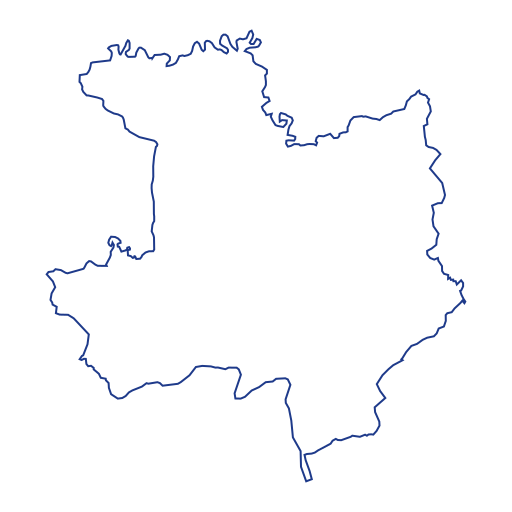 the district of Gaoual, Gaoual, Guinea
{"feature_id": "49546643B28661548838550", "entity_name": "Gaoual", "entity_type": "district", "adm_level": 2, "iso_a3": "GIN", "parent_name": "Guinea", "parent_adm1": "Gaoual", "projection": "natural_earth1", "projection_center": [-13.638, 11.692], "detail": "fine", "context": "isolated", "style": "outline", "palette": "blue", "viewbox_px": 512, "rotation_deg": 0, "n_neighbors": 0, "source": "geoboundaries", "source_scale": "gbopen_adm2", "svg_char_len": 5923}
<svg xmlns="http://www.w3.org/2000/svg" viewBox="0 0 512 512"><path d="M111.1,394.2L117.8,398.6L122.3,398.0L125.7,396.0L128.9,392.4L132.4,390.4L141.9,386.6L146.5,383.2L148.4,383.7L157.4,382.2L159.9,383.1L162.6,385.7L177.9,383.8L180.8,382.1L189.5,375.3L195.9,367.0L202.2,365.9L210.9,366.4L215.4,367.6L217.9,367.5L225.4,369.2L228.6,367.6L236.7,367.7L238.8,369.4L240.9,374.7L234.6,393.3L235.4,398.5L240.7,398.6L245.0,396.8L251.7,390.5L259.1,387.1L265.7,382.2L272.7,381.5L276.1,378.8L285.3,378.3L287.8,379.4L290.4,384.8L285.6,399.3L285.8,402.9L288.9,408.4L291.3,420.6L292.9,437.4L300.6,451.1L301.0,466.8L306.2,481.3L311.8,479.2L309.6,471.0L305.7,460.3L304.5,454.9L306.9,454.0L311.6,453.6L314.8,452.6L318.2,450.3L330.6,443.7L332.6,440.7L335.8,438.9L337.8,440.0L341.2,440.2L350.7,436.8L352.3,435.7L359.9,436.8L365.1,434.7L366.9,435.7L368.5,434.5L371.3,434.3L373.3,434.6L376.6,430.9L379.5,425.6L379.3,421.6L375.1,412.1L374.7,407.3L385.3,398.0L380.1,391.0L376.8,384.1L382.5,375.2L388.5,369.2L393.2,365.2L402.6,360.2L401.4,359.3L402.4,358.2L406.2,352.0L411.4,345.9L417.0,343.9L422.7,339.8L427.2,337.7L433.9,336.3L436.7,333.4L438.7,328.5L443.9,326.5L445.8,320.9L445.7,315.1L447.3,313.2L451.7,312.2L454.6,308.4L460.4,303.0L462.3,300.7L464.4,303.2L465.3,301.6L463.5,298.9L461.5,294.9L460.1,290.9L461.2,290.4L463.1,286.4L463.1,283.0L461.1,280.3L456.8,284.5L455.7,281.2L453.4,281.2L453.2,279.6L450.9,279.9L450.1,277.7L448.1,278.9L448.2,275.0L444.0,273.8L442.1,271.0L442.0,266.1L438.4,260.8L437.9,258.0L434.2,259.6L430.2,258.0L427.3,254.5L427.1,250.9L431.5,248.6L436.3,244.8L436.7,239.2L438.6,233.7L433.5,226.3L432.5,219.5L433.8,212.8L432.1,205.6L437.9,203.2L441.7,203.1L444.2,198.0L445.0,195.0L442.2,183.0L429.9,168.4L435.3,160.1L440.4,154.1L436.5,149.9L433.0,147.9L428.6,147.0L426.2,145.3L425.7,140.0L424.9,136.8L423.8,126.0L427.4,124.3L426.9,118.8L430.8,111.4L430.0,106.3L428.0,102.6L429.1,99.2L427.4,97.9L426.9,96.4L424.5,94.8L423.6,95.0L419.8,93.4L419.2,90.6L417.3,91.7L415.5,94.4L411.1,96.6L409.3,99.1L406.9,101.4L405.8,105.4L404.3,109.0L393.3,111.5L391.1,113.7L386.4,115.2L382.9,117.2L379.7,120.1L376.4,119.0L372.6,118.6L365.7,116.4L363.2,116.7L361.9,116.1L353.7,117.1L350.4,120.5L348.6,125.5L347.6,127.1L347.6,131.4L345.8,132.3L343.2,132.4L339.5,133.8L339.2,136.1L337.7,137.8L333.9,138.1L330.2,133.8L323.7,136.3L318.7,135.9L316.6,137.8L315.7,141.2L317.1,142.6L316.1,145.3L313.8,144.2L309.5,144.0L307.2,144.2L304.1,145.2L300.4,145.5L298.9,144.2L294.2,144.1L290.9,145.9L287.9,146.6L286.1,143.6L286.4,140.7L288.6,140.3L294.1,140.6L295.2,139.0L295.3,136.8L292.6,135.8L287.6,134.9L288.4,129.7L289.5,126.1L291.6,123.4L292.8,120.4L291.7,117.7L287.4,115.8L285.7,114.4L281.0,113.0L279.9,114.2L279.5,116.7L279.8,121.6L282.1,120.1L286.8,120.5L286.4,123.7L283.3,127.0L277.6,125.9L275.5,125.1L272.5,120.3L270.8,116.7L271.7,113.8L266.3,115.1L265.3,112.5L263.0,109.9L261.9,106.8L266.4,102.9L269.6,101.0L268.4,97.5L264.1,97.1L262.3,91.3L265.0,87.1L265.9,85.0L265.9,81.3L265.1,75.4L266.9,73.6L266.9,69.9L262.0,66.6L255.8,63.9L253.4,61.3L252.6,55.3L250.7,53.4L244.8,51.1L246.5,49.0L249.7,47.7L255.3,47.3L257.9,46.7L259.0,45.7L260.9,42.4L259.8,40.0L256.7,38.9L253.6,44.0L251.0,44.0L249.7,42.7L252.4,38.0L253.2,34.5L251.6,30.7L249.5,31.7L246.5,38.3L243.0,39.3L239.8,38.6L236.7,40.5L236.4,42.0L237.7,48.7L236.9,50.7L232.3,46.8L230.4,43.9L227.6,36.3L225.6,34.7L223.4,34.7L221.7,36.2L220.0,40.8L220.1,43.8L222.1,45.5L227.0,48.3L228.0,49.9L228.0,51.8L226.6,53.5L223.8,52.1L221.5,50.0L219.8,49.4L217.9,49.7L214.6,47.4L211.9,43.1L209.5,41.3L207.2,40.8L206.1,41.1L204.8,42.8L205.0,49.6L203.3,51.2L201.7,49.8L199.1,43.6L197.0,41.8L194.8,43.2L193.1,46.5L192.1,51.0L190.7,53.8L187.8,55.2L184.4,56.0L182.6,55.4L179.2,56.2L177.9,59.4L175.9,62.9L173.0,64.6L169.5,65.7L166.6,66.1L166.8,63.6L169.8,60.4L170.0,57.1L167.5,54.8L164.3,53.7L160.7,54.7L154.6,55.0L152.3,58.4L152.2,57.9L149.4,58.3L148.3,57.3L144.8,50.2L141.0,47.7L139.3,47.7L138.5,48.5L136.3,52.6L135.7,55.9L135.0,56.7L128.6,56.9L127.7,56.6L125.8,54.3L125.7,53.4L126.0,51.9L128.9,49.9L129.6,48.5L129.6,43.0L128.8,40.8L127.9,40.3L126.3,42.9L125.4,45.9L120.6,54.5L119.9,54.3L119.3,53.2L118.4,49.7L118.6,46.7L118.2,45.3L116.9,45.0L111.4,45.9L108.8,47.4L108.1,48.4L111.2,51.4L111.8,52.9L111.6,56.0L110.1,60.4L92.7,62.4L91.0,63.1L90.4,66.7L89.6,69.6L88.4,71.9L86.7,74.0L79.8,75.1L79.5,81.9L80.8,83.2L82.4,86.7L82.1,89.4L83.3,91.9L86.6,95.4L88.4,95.5L97.2,97.5L102.0,99.0L103.4,100.9L103.2,105.3L103.5,106.3L105.6,108.9L107.8,110.5L113.9,113.5L118.0,114.4L122.0,116.4L122.9,117.5L123.7,119.5L125.4,128.3L127.9,129.6L129.5,131.6L139.3,137.1L154.1,140.7L156.1,142.1L157.4,144.3L157.0,145.9L155.9,146.9L154.1,156.3L153.2,166.3L153.3,176.8L152.8,180.7L151.7,184.4L151.6,188.1L152.0,192.6L153.8,201.6L153.9,214.0L154.2,216.4L154.2,221.1L153.1,222.9L152.4,224.9L151.7,231.4L153.5,235.3L154.0,237.4L154.2,249.5L153.2,251.2L148.9,251.3L145.5,252.5L142.2,255.3L141.6,256.8L140.1,258.7L136.3,259.0L135.2,256.5L134.7,256.2L134.3,256.3L133.9,257.6L132.8,257.9L130.8,256.1L128.0,255.4L127.7,250.6L128.1,250.1L129.9,249.6L130.0,248.4L129.1,247.1L127.3,247.7L127.0,249.3L125.6,250.4L121.4,251.6L119.2,246.8L117.8,246.6L117.5,244.3L118.2,243.6L120.6,242.8L120.4,240.9L118.1,238.5L115.1,237.0L111.1,236.7L109.1,239.7L108.3,242.8L109.5,245.2L111.1,246.1L111.9,244.8L112.5,242.6L113.9,245.0L113.4,247.6L110.7,251.8L110.8,255.0L109.8,257.7L106.1,264.5L106.7,265.9L97.7,265.8L95.3,264.6L91.0,261.4L89.1,261.1L86.5,263.4L84.5,267.3L83.6,268.7L82.8,269.0L67.5,273.3L65.6,272.8L60.9,270.1L55.5,269.2L53.3,271.3L48.5,272.0L46.7,274.3L52.9,281.4L55.2,287.2L51.6,293.4L50.5,299.9L52.2,302.5L52.6,304.6L56.7,306.8L55.9,313.2L59.7,314.6L68.1,314.8L73.7,318.3L88.8,334.4L87.5,344.3L83.2,355.3L81.9,356.0L79.7,359.2L81.6,360.0L84.0,358.8L85.8,358.9L86.4,364.0L88.2,366.2L91.0,365.8L93.7,367.9L93.7,369.4L98.9,373.8L100.8,377.8L105.7,378.7L105.9,380.3L108.6,383.0L108.9,387.9L111.1,394.2Z" fill="none" stroke="#1e3a8a" stroke-width="2"/></svg>